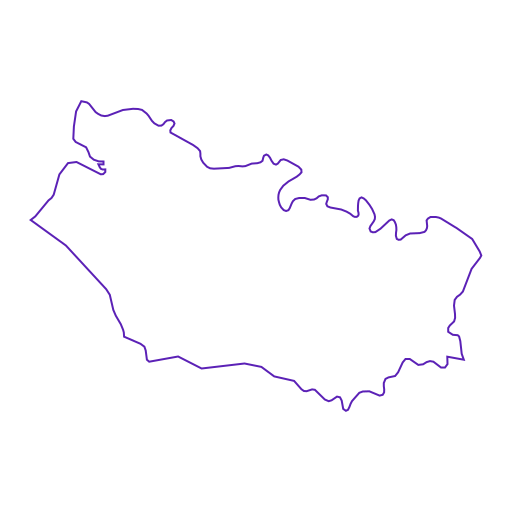 Somme, Albers equal-area conic projection
{"feature_id": "FRA-5345", "entity_name": "Somme", "entity_type": "Metropolitan department", "adm_level": 1, "iso_a3": "FRA", "parent_name": "France", "parent_adm1": "", "projection": "albers", "projection_center": [2.405, 49.975], "detail": "fine", "context": "isolated", "style": "outline", "palette": "violet", "viewbox_px": 512, "rotation_deg": 0, "n_neighbors": 0, "source": "natural_earth", "source_scale": "10m", "svg_char_len": 3257}
<svg xmlns="http://www.w3.org/2000/svg" viewBox="0 0 512 512"><path d="M30.7,220.0L35.3,216.4L48.5,200.4L51.5,198.0L53.7,194.7L59.4,174.4L68.0,163.1L76.5,162.0L100.8,174.3L103.2,174.1L105.3,172.0L105.3,169.4L102.7,169.5L101.0,168.9L99.8,167.3L98.4,164.3L103.5,164.4L103.5,161.5L98.8,161.4L93.8,159.7L90.0,156.6L88.5,152.2L86.1,147.3L75.7,142.0L73.3,138.8L73.9,126.4L76.1,111.4L81.3,101.2L86.9,102.4L89.1,103.9L95.6,112.1L98.0,113.8L101.2,115.5L104.8,116.1L107.8,115.7L122.9,110.0L133.0,108.8L138.1,109.0L142.0,109.9L146.6,113.5L148.5,115.7L151.9,120.8L154.3,123.3L158.5,125.7L161.4,125.6L163.4,124.2L165.0,122.1L167.0,120.5L171.2,120.0L173.6,121.5L174.5,123.5L173.5,125.9L171.5,128.0L170.3,130.3L170.5,132.5L193.1,145.0L197.6,148.2L200.1,151.1L200.4,153.6L200.4,156.3L201.3,159.5L203.2,162.7L207.1,166.8L210.1,168.3L213.9,168.7L229.1,167.9L235.4,166.2L238.5,166.0L242.5,166.4L245.4,166.1L251.7,163.6L257.3,163.2L260.5,162.3L262.5,160.8L263.3,157.5L264.0,155.7L266.3,154.5L268.2,155.4L270.0,157.7L271.5,160.7L273.6,163.7L276.0,164.6L277.8,163.6L280.7,160.0L283.7,159.3L287.3,160.5L298.5,166.7L301.3,169.6L301.5,172.3L299.6,174.4L296.7,176.7L288.6,181.4L283.3,185.7L280.2,189.9L279.1,192.4L278.5,194.8L278.3,197.3L278.4,199.7L279.0,202.2L279.8,204.8L281.2,207.4L283.7,210.1L286.1,211.0L288.4,210.2L289.7,208.2L291.7,203.4L292.9,201.2L295.2,199.0L299.1,198.0L304.8,198.0L310.5,199.8L314.1,199.5L316.6,198.3L318.8,196.4L321.8,195.3L326.0,195.4L327.8,197.2L327.8,199.3L326.9,201.6L326.2,203.9L327.4,206.3L330.4,207.5L341.2,209.5L346.5,211.6L350.2,213.7L353.2,216.2L354.8,216.9L356.7,216.9L358.2,215.7L358.6,214.5L358.5,212.8L357.9,210.6L358.0,205.7L358.2,203.1L358.6,200.5L359.6,198.4L361.5,197.4L363.7,198.4L365.9,200.3L369.5,204.9L372.1,209.0L374.5,214.3L375.0,216.8L374.8,219.1L373.7,221.4L370.4,226.1L369.5,228.5L370.7,231.5L372.9,232.3L375.4,232.1L380.5,228.7L389.3,220.5L391.7,219.4L393.7,220.2L394.9,222.1L395.9,224.6L396.3,227.2L396.4,230.0L396.0,232.9L395.9,235.8L396.8,238.9L398.6,239.8L400.7,239.6L405.7,235.3L410.1,233.5L419.7,233.1L424.5,231.9L426.0,230.3L426.9,228.2L427.2,226.1L426.6,220.4L427.9,218.6L430.5,217.0L435.9,217.0L438.8,217.6L441.0,218.5L455.0,227.1L456.4,227.9L472.2,239.0L479.7,251.5L481.3,255.5L480.0,257.9L471.6,268.8L462.9,291.5L460.1,294.6L457.0,296.8L454.7,299.9L454.0,305.6L455.0,314.0L455.1,317.9L454.1,321.4L449.8,325.5L448.2,328.0L448.2,331.8L452.8,334.8L457.7,335.2L459.1,336.5L460.3,341.1L461.7,353.8L463.8,359.7L447.3,356.7L447.5,364.1L445.0,367.5L441.0,367.5L433.4,361.7L430.0,361.1L426.6,362.1L423.1,364.3L418.3,364.9L409.8,359.0L405.5,359.0L402.7,362.4L398.1,372.3L395.1,376.0L388.5,377.4L385.5,378.9L383.8,383.0L383.8,386.1L384.2,389.4L384.1,392.4L382.7,394.8L379.6,395.6L369.3,391.3L362.8,391.5L359.3,392.8L352.0,401.1L350.6,403.8L349.4,407.0L348.0,409.8L345.9,410.8L343.2,408.9L341.7,400.6L340.0,397.3L337.0,396.6L331.6,400.3L328.7,401.2L324.8,399.5L314.9,389.8L312.1,389.4L306.6,391.2L303.9,391.0L301.4,389.2L294.1,380.9L274.2,376.4L261.4,366.9L244.5,363.5L201.6,368.5L178.1,356.5L149.2,361.7L146.9,359.7L145.7,350.5L144.4,346.7L140.5,343.8L124.1,336.7L123.8,332.4L123.1,329.8L120.8,324.2L115.8,315.7L113.3,309.9L109.8,294.8L106.2,289.2L65.9,245.5L30.7,220.0Z" fill="none" stroke="#5b21b6" stroke-width="2"/></svg>